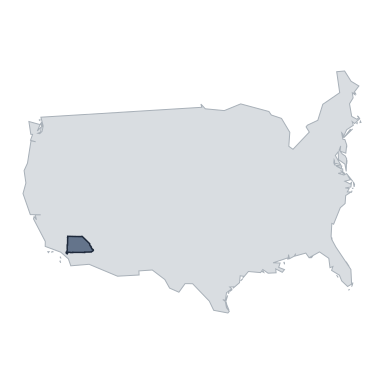 San Bernardino, California, United States of America (highlighted)
{"feature_id": "52423323B23069932539838", "entity_name": "San Bernardino", "entity_type": "district", "adm_level": 2, "iso_a3": "USA", "parent_name": "United States of America", "parent_adm1": "California", "projection": "orthographic", "projection_center": [-115.127, 34.84], "detail": "fine", "context": "in_parent", "style": "filled", "palette": "slate", "viewbox_px": 384, "rotation_deg": 0, "n_neighbors": 0, "source": "geoboundaries", "source_scale": "gbopen_adm2", "svg_char_len": 5195}
<svg xmlns="http://www.w3.org/2000/svg" viewBox="0 0 384 384"><path d="M322.8,104.3L339.7,92.7L336.7,71.7L344.6,71.0L351.1,81.3L358.9,86.0L354.0,92.4L354.8,94.6L352.3,92.8L353.1,97.9L349.5,103.8L351.7,116.4L357.0,119.3L358.8,117.6L357.2,115.9L358.3,116.5L359.7,118.7L354.6,123.5L352.2,121.6L353.3,125.3L346.7,129.7L343.4,136.8L342.9,134.0L341.6,132.7L342.9,139.3L344.9,139.6L346.7,144.9L345.8,153.2L340.1,151.1L340.7,145.9L339.2,150.0L342.3,154.0L345.1,155.8L346.6,158.6L346.2,171.4L344.9,164.1L338.5,159.6L338.2,151.8L335.3,155.5L340.7,164.7L335.8,163.4L334.6,164.3L334.5,160.7L334.1,159.8L333.8,162.8L334.6,164.9L341.8,166.1L341.2,168.5L337.3,166.2L336.1,166.0L341.0,168.7L342.7,168.9L342.9,171.8L340.4,170.6L344.6,173.2L344.1,174.0L342.0,172.7L338.2,173.3L343.9,175.0L346.6,173.6L352.9,181.5L347.8,175.6L350.3,179.8L344.8,181.2L350.3,184.0L351.6,181.9L350.9,187.0L345.3,187.9L349.2,188.6L347.3,191.9L351.0,192.0L345.7,195.5L345.1,203.5L340.3,207.7L333.6,224.2L331.8,223.4L331.1,236.3L331.6,239.2L335.9,247.1L350.9,269.5L351.6,284.1L347.6,286.5L341.7,280.9L339.4,275.2L331.6,270.4L332.9,266.5L330.0,267.7L328.8,258.3L319.5,251.9L309.1,257.7L305.8,253.1L294.8,256.1L295.7,253.6L294.2,256.2L289.5,258.7L288.5,254.6L288.3,257.7L273.1,262.8L280.1,263.0L278.7,267.4L284.5,269.6L282.3,272.3L275.7,268.9L276.1,272.8L268.1,273.2L262.8,269.5L260.6,272.6L248.4,271.5L242.7,278.2L244.1,276.4L240.2,275.8L239.5,282.7L233.0,288.3L234.5,286.8L229.7,287.0L231.7,288.9L226.5,292.7L225.4,300.3L222.8,299.6L225.2,301.2L226.5,307.7L229.3,311.3L227.9,313.0L213.7,310.3L209.3,301.1L192.6,283.7L185.1,283.6L178.9,292.2L169.6,288.1L164.8,279.5L152.3,270.0L138.9,270.9L139.1,275.0L117.5,276.2L89.1,264.3L70.8,265.8L68.4,258.9L60.8,252.2L45.2,246.4L45.3,241.5L33.5,218.9L34.1,216.6L36.5,219.7L35.1,214.8L40.7,214.8L30.3,214.6L23.0,193.6L25.9,183.0L24.1,170.6L27.5,163.1L31.0,140.8L35.7,141.8L30.5,140.3L32.6,134.4L30.8,134.3L28.9,121.5L40.1,124.6L37.3,131.0L41.4,126.7L40.6,132.1L37.8,133.3L39.7,133.7L42.0,131.5L43.2,126.0L40.9,117.2L201.8,107.3L200.9,104.1L205.3,108.8L224.3,110.6L240.7,103.9L268.9,111.5L271.3,115.0L281.5,118.4L289.8,132.3L288.8,146.3L293.0,149.3L309.3,132.1L306.1,126.9L307.4,125.2L317.8,120.3L322.8,104.3ZM350.0,131.1L352.7,128.9L343.7,137.8L350.5,129.1L350.0,131.1ZM41.3,122.6L42.5,126.2L42.3,126.7L40.4,123.9L41.3,122.6ZM229.0,310.2L226.4,304.7L226.0,301.4L226.8,304.8L229.0,310.2ZM354.9,92.4L355.8,94.0L355.1,94.0L354.9,92.4ZM263.2,271.2L263.8,272.4L262.4,271.7L263.2,271.2ZM51.1,252.2L52.9,251.5L53.0,251.8L51.1,252.2ZM49.1,251.6L48.4,252.6L47.8,251.7L49.1,251.6ZM357.4,122.2L357.1,123.7L356.8,123.6L357.4,122.2ZM226.6,298.2L226.0,301.0L227.7,295.4L226.6,298.2ZM346.3,262.0L349.2,266.5L345.9,261.7L346.3,262.0ZM60.3,257.0L61.1,258.5L60.2,257.1L60.3,257.0ZM352.5,284.6L351.6,286.7L352.9,282.5L352.5,284.6ZM354.6,184.4L354.1,186.9L353.3,181.8L354.6,184.4ZM40.0,119.6L39.9,120.6L39.3,120.0L40.0,119.6ZM231.9,289.9L229.5,291.6L231.9,289.5L231.9,289.9ZM360.4,121.1L361.0,122.4L360.0,122.6L360.4,121.1ZM60.1,261.0L60.7,262.8L59.9,261.2L60.1,261.0ZM229.0,292.8L228.1,293.6L228.8,292.4L229.0,292.8ZM347.0,160.9L346.7,164.0L346.7,159.8L347.0,160.9ZM242.1,279.5L240.6,280.9L242.7,278.6L242.1,279.5ZM331.8,237.5L332.1,239.7L331.6,238.3L331.8,237.5ZM351.6,192.1L351.3,192.7L352.0,190.6L351.6,192.1ZM312.9,256.0L311.4,257.7L310.6,257.7L312.9,256.0ZM288.7,258.5L288.4,259.0L287.3,259.2L288.7,258.5ZM337.5,276.1L338.1,277.5L337.1,275.9L337.5,276.1ZM284.5,262.9L284.5,264.3L283.8,261.9L284.5,262.9ZM349.3,289.7L348.3,290.2L349.6,289.3L349.3,289.7ZM346.8,145.9L346.7,147.5L346.7,145.3L346.8,145.9ZM353.2,187.7L352.8,188.5L352.7,188.5L353.2,187.7Z" fill="#d9dde1" stroke="#a8b0b8" stroke-width="1"/><path d="M89.7,243.7L88.4,242.5L87.5,241.6L87.4,241.5L86.7,240.8L86.3,240.4L86.2,240.3L86.0,240.2L85.9,240.0L85.8,239.9L85.0,239.1L84.7,238.9L84.3,238.4L84.1,238.3L84.0,238.2L83.9,238.1L83.3,237.5L82.4,236.6L82.2,236.4L81.6,236.4L81.6,236.6L74.9,236.5L67.7,236.3L67.7,237.1L67.6,237.4L67.8,237.4L67.8,237.6L67.7,237.6L67.7,238.4L67.6,239.5L67.6,241.0L67.6,242.6L67.5,245.1L67.2,245.1L67.2,246.4L67.2,247.5L67.2,248.0L67.2,248.9L67.3,249.2L67.3,249.3L67.3,249.5L67.3,249.9L67.2,250.3L67.1,250.5L67.0,251.0L66.9,251.4L66.8,251.7L66.8,251.8L66.6,252.3L66.3,252.3L66.3,252.5L66.2,252.5L66.2,253.0L66.9,253.6L67.0,253.7L67.1,253.2L67.5,253.2L67.5,252.8L67.9,252.6L67.9,252.4L67.9,252.2L68.1,252.2L69.3,252.3L70.0,252.4L70.4,252.4L70.5,252.6L71.1,252.6L71.3,252.6L72.6,252.6L72.6,252.3L74.1,252.4L75.7,252.4L77.3,252.4L79.6,252.4L81.8,252.4L84.6,252.5L84.6,252.1L85.3,252.1L91.2,252.0L91.2,251.9L91.3,251.9L91.4,251.7L91.5,251.7L91.8,251.6L92.0,251.5L92.1,251.4L92.3,251.2L92.6,251.2L92.8,251.0L92.8,250.9L93.0,250.6L93.2,250.4L93.3,250.4L93.4,250.2L93.3,249.9L93.2,249.7L92.9,249.5L92.7,249.4L92.6,249.2L92.4,249.1L92.2,249.0L92.2,248.9L92.0,248.7L91.9,248.7L91.7,248.7L91.6,248.4L91.6,248.2L91.5,247.8L91.4,247.6L91.2,247.4L91.3,247.3L91.3,247.2L91.2,247.2L91.1,246.9L91.0,246.7L90.9,246.5L90.9,246.4L90.8,246.2L90.7,246.2L90.4,245.9L90.2,245.8L90.2,245.6L90.1,245.4L90.0,245.2L89.9,245.1L89.7,244.9L89.7,244.7L89.7,244.4L89.7,244.2L89.7,243.9L89.7,243.7Z" fill="#64748b" stroke="#1e293b" stroke-width="1.5"/></svg>